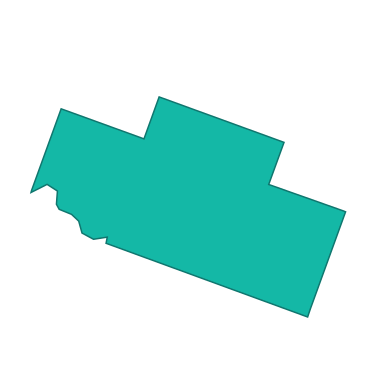 outline of Payne, Oklahoma, United States of America, rotated 20°
{"feature_id": "52423323B99692802996111", "entity_name": "Payne", "entity_type": "district", "adm_level": 2, "iso_a3": "USA", "parent_name": "United States of America", "parent_adm1": "Oklahoma", "projection": "natural_earth1", "projection_center": [-97.08, 36.094], "detail": "fine", "context": "isolated", "style": "filled", "palette": "teal", "viewbox_px": 384, "rotation_deg": 20, "n_neighbors": 0, "source": "geoboundaries", "source_scale": "gbopen_adm2", "svg_char_len": 437}
<svg xmlns="http://www.w3.org/2000/svg" viewBox="0 0 384 384"><g transform="rotate(20 192 192)"><path d="M128.8,269.6L343.4,269.9L343.2,260.8L343.1,158.1L341.0,158.0L261.5,158.7L261.5,113.9L217.7,113.9L128.6,113.9L128.7,158.5L40.6,158.6L40.7,245.4L40.9,247.5L53.2,234.4L65.2,237.1L68.8,249.9L73.1,253.7L86.4,254.2L95.5,258.1L102.7,268.2L115.6,270.1L127.8,263.4L128.8,269.6Z" fill="#14b8a6" stroke="#0f766e" stroke-width="1.5"/></g></svg>